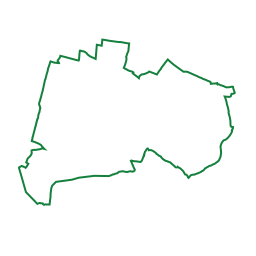 Chiesd, Satu Mare, Romania (Albers equal-area conic projection), rotated 276°
{"feature_id": "2599482B13011976625208", "entity_name": "Chiesd", "entity_type": "district", "adm_level": 2, "iso_a3": "ROU", "parent_name": "Romania", "parent_adm1": "Satu Mare", "projection": "albers", "projection_center": [22.885, 47.378], "detail": "fine", "context": "isolated", "style": "outline", "palette": "green", "viewbox_px": 256, "rotation_deg": 276, "n_neighbors": 0, "source": "geoboundaries", "source_scale": "gbopen_adm2", "svg_char_len": 5809}
<svg xmlns="http://www.w3.org/2000/svg" viewBox="0 0 256 256"><g transform="rotate(276 128 128)"><path d="M180.8,214.4L180.9,213.4L180.6,212.6L180.7,212.3L180.9,212.2L181.8,212.2L182.0,212.1L181.3,210.0L181.2,209.0L181.1,208.0L181.0,207.3L180.8,206.7L180.7,206.1L180.6,205.8L182.0,205.3L182.3,205.3L182.5,205.0L182.8,204.2L183.0,203.4L183.5,201.6L183.9,200.7L184.1,200.1L184.3,198.9L184.8,197.2L184.9,196.8L185.4,195.9L185.6,195.0L186.2,192.8L186.9,191.3L187.3,189.8L187.5,189.1L189.2,183.9L189.5,182.9L189.7,182.4L189.9,181.7L190.1,180.8L190.1,179.6L189.8,177.7L189.8,177.3L193.7,170.4L195.6,167.1L198.1,163.4L200.3,160.4L196.7,158.1L196.4,157.9L194.9,157.1L193.7,156.3L190.9,154.7L190.3,154.6L187.9,153.0L187.4,152.7L186.8,152.5L185.0,151.5L184.2,151.1L184.7,149.5L185.2,147.6L186.4,143.2L185.3,142.1L184.6,140.9L184.0,139.9L183.4,138.5L183.0,137.4L182.7,136.0L182.3,135.5L181.4,134.6L181.0,134.1L180.2,134.0L179.8,133.7L178.7,133.6L180.0,131.7L182.8,127.1L183.8,127.6L184.0,127.4L184.3,126.8L184.7,125.1L185.1,123.0L185.5,121.8L185.9,121.0L186.4,119.5L187.4,117.5L190.2,118.4L194.7,119.2L196.4,119.3L197.1,119.2L198.3,118.8L198.8,118.7L199.4,119.0L200.5,119.2L201.9,119.4L203.1,119.9L204.5,120.3L205.2,120.4L206.2,120.3L212.2,120.3L212.2,118.8L212.4,116.1L212.6,113.3L212.7,112.0L212.5,110.1L212.6,106.7L212.8,100.3L213.2,95.1L213.2,93.2L210.1,93.3L207.1,93.2L207.5,88.3L204.1,88.4L193.3,88.6L194.1,86.4L194.2,86.1L194.4,85.3L195.3,82.8L196.9,80.1L197.6,79.4L198.2,78.9L198.4,78.6L199.2,77.1L199.5,76.1L199.7,73.7L200.0,72.7L200.0,72.2L199.8,72.1L199.5,72.0L196.2,72.0L193.2,72.1L190.9,72.1L190.0,72.0L189.9,71.9L190.2,69.5L192.0,58.2L192.6,53.9L192.7,53.2L191.7,53.1L190.8,52.8L189.5,52.1L188.2,51.2L187.7,51.0L187.3,51.0L186.9,51.2L186.5,51.8L185.8,52.4L185.3,52.6L185.2,52.3L185.3,51.5L185.3,49.6L185.3,48.4L185.5,46.9L185.9,45.0L186.2,44.0L186.1,43.9L185.3,43.7L182.8,43.3L181.9,43.0L179.7,42.6L179.0,42.3L176.0,42.1L173.2,41.5L168.1,40.8L167.1,40.4L161.9,39.9L160.7,39.7L158.8,39.6L157.5,39.3L156.6,39.4L154.0,38.8L153.3,38.8L152.0,38.5L149.7,38.3L148.9,38.0L148.0,38.0L147.4,37.8L146.1,37.7L145.5,37.5L145.0,37.3L144.4,37.2L142.7,37.0L141.8,37.2L141.4,37.6L140.8,37.9L139.2,38.4L138.9,38.7L138.6,38.7L136.3,38.3L134.6,38.3L133.3,37.8L132.7,37.8L131.7,37.5L129.5,37.5L128.5,37.5L128.0,37.3L127.3,36.8L126.7,36.9L126.3,36.7L126.0,36.8L124.5,36.4L124.1,36.5L123.7,36.3L122.9,36.3L122.0,36.1L121.2,36.1L120.8,35.9L119.8,35.9L119.3,35.8L118.8,35.5L118.3,35.6L113.3,34.8L109.7,34.3L108.2,33.9L107.3,34.1L107.0,34.1L105.9,33.7L105.2,33.6L104.9,33.7L104.9,33.8L104.4,36.5L103.8,38.5L103.5,39.5L103.0,41.0L102.2,42.9L101.9,43.3L100.0,45.0L99.8,45.5L99.2,46.0L98.5,46.9L98.7,45.5L98.8,44.8L98.4,44.2L97.9,43.1L97.3,41.2L97.1,40.1L96.7,39.1L96.5,37.7L96.4,37.5L96.5,36.8L96.4,36.5L95.9,34.9L95.6,34.5L95.4,34.4L95.2,34.5L92.8,34.9L92.1,34.8L91.6,34.4L91.1,34.4L89.6,33.5L87.9,32.0L87.1,31.4L83.1,30.4L82.0,32.6L78.7,31.1L77.9,30.5L77.7,30.3L78.2,29.5L78.3,29.0L78.4,28.6L78.7,28.1L78.8,27.1L79.1,26.5L79.1,26.1L77.5,23.9L77.1,23.7L68.0,27.4L53.6,33.2L43.1,45.8L44.2,47.9L44.2,48.6L44.0,49.2L44.1,50.4L44.0,51.2L43.4,51.4L42.8,52.6L43.0,53.0L43.4,53.6L43.4,55.0L43.6,56.7L43.7,58.0L50.1,58.1L52.7,58.1L53.9,57.9L60.2,58.0L62.8,58.7L66.9,62.0L70.7,77.6L73.4,84.2L76.9,99.4L78.2,114.1L78.8,115.1L78.9,115.5L79.2,116.2L80.2,117.6L80.3,117.8L80.3,118.4L80.4,118.9L81.1,119.8L81.4,120.6L81.6,121.4L81.8,121.8L82.1,122.3L82.7,122.8L83.1,123.2L83.5,123.7L84.0,125.6L84.3,126.5L84.5,127.5L84.3,128.1L84.1,131.8L84.7,133.1L85.3,135.2L85.0,136.8L85.6,138.4L86.4,139.0L87.4,139.1L88.8,138.1L95.7,134.3L96.0,134.8L95.6,137.1L95.7,140.0L95.5,144.1L97.0,145.2L101.3,146.4L102.9,146.7L102.7,146.9L106.0,147.3L106.9,147.9L108.5,148.6L109.5,149.3L109.7,149.8L108.0,151.1L108.3,151.9L108.4,152.7L108.4,153.2L107.8,155.3L107.5,155.9L107.1,156.5L106.8,157.2L105.9,158.5L105.5,159.0L105.2,159.1L105.1,159.5L103.7,161.8L103.2,163.1L103.1,163.5L103.0,163.8L102.3,164.1L101.8,164.7L101.4,165.3L101.0,165.6L100.7,166.0L100.7,166.3L100.1,167.1L100.0,167.6L99.6,168.0L99.3,168.9L99.2,169.5L99.1,170.3L98.7,171.2L98.7,171.9L98.4,172.5L98.4,172.9L98.2,173.7L98.0,174.0L97.5,174.4L97.5,174.6L96.5,175.9L94.8,178.4L94.0,179.2L93.9,179.5L93.8,179.8L94.0,181.1L94.2,181.4L94.2,181.8L94.3,181.8L94.0,182.2L94.0,182.6L93.9,182.9L93.1,184.6L92.5,185.3L91.0,187.3L90.0,188.0L89.6,188.4L88.2,189.3L87.8,189.6L87.7,190.8L87.3,191.4L86.3,192.3L85.8,192.8L85.2,192.8L84.7,193.5L85.0,193.7L85.7,194.1L87.3,195.2L87.7,195.7L88.3,197.1L88.5,198.1L88.5,198.7L88.7,199.1L89.1,199.9L89.6,200.7L89.9,201.5L90.4,202.4L91.4,204.3L92.1,205.3L92.5,205.6L93.3,206.9L94.1,207.7L94.8,208.3L95.7,208.7L96.1,209.2L96.8,210.2L97.1,210.5L97.8,211.6L98.6,212.6L99.0,213.4L99.2,214.0L99.3,214.5L99.6,214.9L100.2,215.6L100.5,216.0L101.0,217.1L101.7,218.2L104.1,220.8L104.6,221.3L105.1,221.7L105.7,221.9L108.3,222.8L109.2,223.0L112.8,223.2L115.3,222.8L118.8,222.0L119.4,222.0L120.4,222.1L121.9,222.4L123.0,222.8L123.7,223.1L124.6,223.7L125.3,224.0L125.7,224.4L126.0,225.1L126.5,226.1L127.2,227.1L129.2,228.7L130.5,229.6L131.9,230.4L133.4,231.1L134.9,231.7L136.2,231.8L136.4,231.5L137.8,231.9L138.1,232.3L139.9,232.3L139.9,232.0L139.8,231.5L140.1,230.5L141.1,229.8L141.9,229.6L146.3,229.0L147.2,228.7L149.0,228.2L150.0,227.9L150.5,227.7L150.9,227.4L152.3,227.0L152.8,226.7L153.7,226.4L154.5,226.5L155.4,226.3L157.4,225.7L160.2,224.7L160.7,224.4L161.9,223.9L164.1,223.3L166.4,222.4L167.3,221.9L168.4,221.5L169.4,220.9L169.5,225.4L169.8,226.3L170.3,226.9L171.9,227.3L172.8,227.4L172.8,228.1L173.5,229.9L173.8,230.4L174.1,230.5L176.9,229.2L179.6,228.1L179.9,228.1L180.0,227.6L179.9,227.0L179.7,226.1L179.3,225.0L179.0,223.6L178.9,222.7L178.7,221.7L179.0,220.4L179.7,218.5L179.8,217.7L180.0,217.1L180.3,215.4L180.8,214.4Z" fill="none" stroke="#15803d" stroke-width="2"/></g></svg>